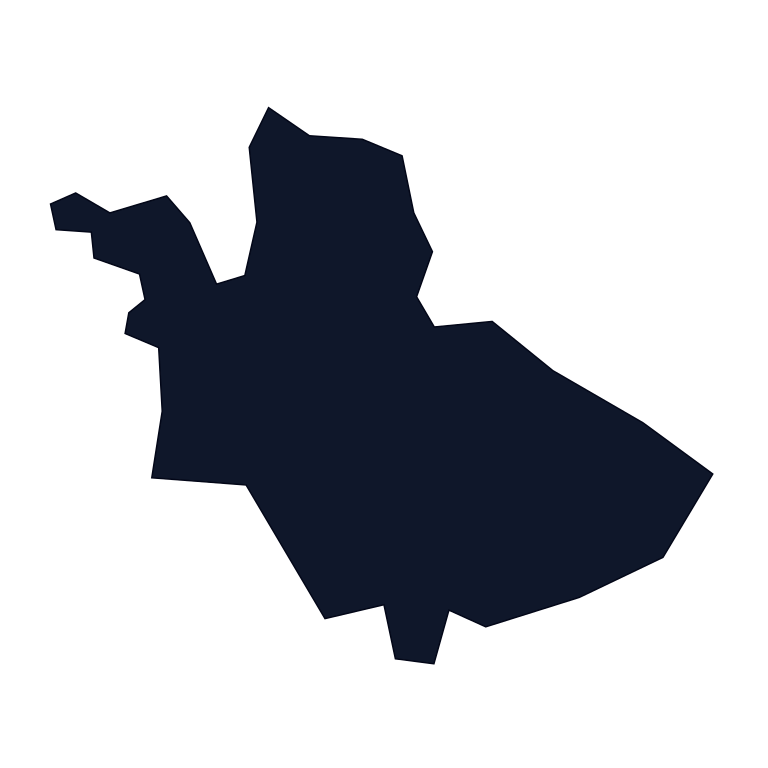 outline of Yangibazar, Khorezm, Uzbekistan, rotated 177°
{"feature_id": "79887680B22803301231900", "entity_name": "Yangibazar", "entity_type": "district", "adm_level": 2, "iso_a3": "UZB", "parent_name": "Uzbekistan", "parent_adm1": "Khorezm", "projection": "equal_earth", "projection_center": [60.467, 41.675], "detail": "fine", "context": "isolated", "style": "filled", "palette": "ink", "viewbox_px": 768, "rotation_deg": 177, "n_neighbors": 0, "source": "geoboundaries", "source_scale": "gbopen_adm2", "svg_char_len": 662}
<svg xmlns="http://www.w3.org/2000/svg" viewBox="0 0 768 768"><g transform="rotate(177 384 384)"><path d="M354.0,610.9L392.8,629.5L445.5,635.8L484.8,666.0L506.2,627.4L502.4,552.3L517.3,499.6L546.0,492.5L569.5,555.2L591.3,583.2L648.8,569.2L681.9,590.9L707.6,581.2L703.4,555.3L668.3,551.0L667.0,525.0L622.4,506.6L618.2,480.8L635.1,468.5L639.9,448.0L607.1,432.1L606.9,368.4L620.8,302.5L527.0,290.4L455.2,152.8L395.6,163.6L387.0,109.0L348.8,102.0L331.0,154.8L295.1,136.2L200.1,160.7L114.5,196.3L60.4,276.9L127.3,331.6L214.7,388.5L272.7,440.8L330.8,438.3L346.9,469.4L328.7,513.6L345.3,553.4L354.0,610.9Z" fill="#0f172a" stroke="#020617" stroke-width="1.5"/></g></svg>